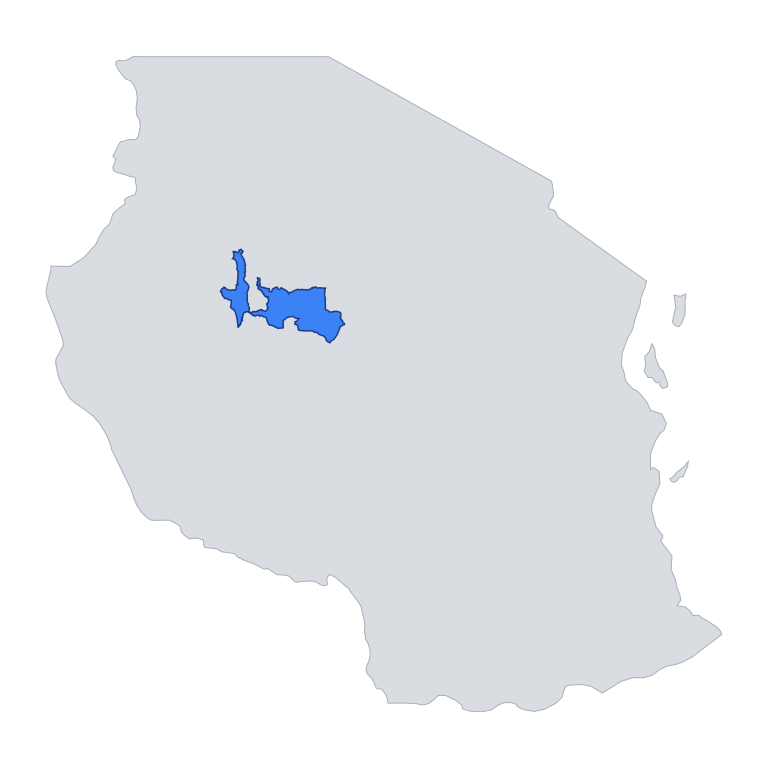 Uyui, Tabora, United Republic of Tanzania (highlighted)
{"feature_id": "72390352B28683809474818", "entity_name": "Uyui", "entity_type": "district", "adm_level": 2, "iso_a3": "TZA", "parent_name": "United Republic of Tanzania", "parent_adm1": "Tabora", "projection": "mercator", "projection_center": [33.083, -4.94], "detail": "fine", "context": "in_parent", "style": "filled", "palette": "blue", "viewbox_px": 768, "rotation_deg": 0, "n_neighbors": 0, "source": "geoboundaries", "source_scale": "gbopen_adm2", "svg_char_len": 9748}
<svg xmlns="http://www.w3.org/2000/svg" viewBox="0 0 768 768"><path d="M264.3,569.2L254.4,564.0L245.4,560.8L238.0,557.3L234.7,553.8L227.8,552.5L221.9,551.9L216.3,548.7L205.0,547.5L203.7,545.4L203.5,540.6L201.6,539.4L197.4,538.2L193.0,538.2L190.3,538.9L188.7,538.6L185.0,535.8L181.5,532.2L180.2,526.6L175.0,522.9L169.1,520.1L152.4,520.4L149.8,519.5L145.9,516.6L141.2,511.9L137.5,506.5L134.2,499.1L130.9,489.2L111.8,449.8L109.8,442.4L106.1,434.1L100.0,424.0L93.6,416.5L84.8,409.6L74.9,402.8L69.5,398.2L59.3,379.7L57.2,371.1L55.6,362.1L56.2,358.5L62.6,346.9L63.3,343.7L62.5,339.3L59.4,330.1L55.4,318.9L47.3,298.6L46.1,293.5L46.2,289.6L51.0,269.0L50.9,266.1L70.0,266.5L83.9,257.5L96.1,244.0L98.5,238.4L103.4,229.7L108.3,225.4L110.1,222.4L112.9,213.8L119.3,207.9L125.5,203.4L124.2,200.3L125.1,199.1L128.5,196.8L135.1,194.7L136.4,190.2L136.3,185.1L135.3,182.2L135.5,178.9L134.5,177.1L130.2,176.6L123.8,174.1L118.4,173.0L114.8,171.5L113.4,170.4L112.8,167.3L115.8,159.4L112.9,156.2L119.5,143.2L120.7,141.6L123.1,141.4L127.0,140.0L130.5,139.3L133.4,139.8L135.5,139.3L137.4,137.8L139.0,133.4L140.3,126.0L139.6,120.0L136.8,115.3L136.1,108.2L137.3,98.7L136.4,90.8L133.4,84.4L130.2,80.7L125.5,78.9L118.0,69.2L115.7,64.5L116.1,61.6L118.7,60.4L123.4,60.8L127.9,59.7L132.1,57.0L136.2,56.3L138.4,56.7L328.5,56.7L550.9,180.8L551.8,182.3L553.5,193.0L553.2,196.6L549.7,202.8L548.7,206.0L548.7,208.2L549.5,209.1L552.4,209.4L554.9,210.9L555.8,212.0L557.7,216.7L560.2,219.0L644.7,280.0L646.6,280.9L645.4,286.0L640.6,298.5L640.3,303.6L638.5,309.7L636.7,313.7L631.8,331.2L627.7,337.8L622.2,353.1L621.3,364.9L624.3,373.1L625.5,380.8L632.0,388.4L637.2,391.1L640.7,394.5L647.0,402.4L650.6,410.3L661.8,414.2L666.3,423.1L664.6,429.2L659.4,434.3L654.6,442.5L650.6,453.3L650.5,469.8L653.2,467.3L659.1,471.4L659.9,483.5L653.8,497.7L651.9,504.4L651.6,510.0L656.0,527.0L662.8,535.7L662.3,538.4L660.5,540.7L672.0,556.0L671.1,569.4L675.4,579.7L677.3,588.8L680.1,595.7L680.7,600.4L677.1,605.7L685.5,607.1L690.5,611.4L692.8,615.5L698.9,615.3L702.2,618.2L706.9,620.5L717.4,627.5L720.2,631.0L721.9,634.3L693.1,656.3L682.7,662.0L675.3,664.6L667.3,666.1L659.8,669.5L652.6,675.0L643.5,677.7L632.4,677.7L620.7,681.6L602.3,693.0L591.6,686.6L583.2,684.6L573.5,684.8L567.6,685.6L565.5,687.0L563.7,690.8L562.1,697.2L555.8,703.3L544.7,709.2L534.4,711.4L525.0,709.9L518.7,707.4L515.4,704.0L510.5,702.5L504.1,702.7L497.9,705.2L492.0,709.7L482.6,711.7L469.7,711.1L462.7,708.9L461.8,705.1L456.1,700.6L445.7,695.5L438.1,695.4L433.2,700.3L428.7,703.4L424.7,704.7L421.1,704.8L415.8,703.5L401.5,703.0L388.0,703.2L386.6,696.1L383.8,691.7L381.4,689.2L376.7,688.5L375.4,686.5L373.9,682.1L371.6,678.4L368.5,675.3L366.7,672.4L366.1,669.7L366.5,666.8L369.4,659.5L370.3,654.6L369.9,649.5L368.4,644.3L365.2,638.1L365.6,636.3L364.5,632.1L364.4,629.1L365.0,625.4L364.4,620.6L361.6,610.2L361.6,607.6L358.7,602.5L349.7,590.7L349.3,589.2L335.2,577.2L329.5,574.6L327.5,576.9L326.7,578.9L327.3,582.8L327.0,584.7L326.4,585.5L323.1,585.4L320.9,584.9L315.6,581.7L311.5,581.0L301.1,581.5L297.5,582.3L294.7,581.6L289.2,576.1L282.8,574.9L277.0,574.7L267.6,568.5L264.3,569.2ZM663.2,371.2L667.9,384.2L667.3,386.7L664.0,388.2L662.3,388.3L660.3,386.2L658.8,381.8L656.3,382.9L652.1,377.6L647.9,377.4L644.2,371.1L645.6,365.7L644.8,356.4L649.3,351.6L651.9,343.6L654.8,349.1L655.5,357.6L659.4,367.6L663.2,371.2ZM685.6,293.9L686.0,297.0L685.0,299.9L685.2,309.1L684.9,315.2L681.4,323.7L678.6,326.7L676.1,325.8L674.0,324.4L672.4,322.1L675.7,306.6L674.0,295.2L680.5,296.3L685.6,293.9ZM676.3,481.5L673.0,482.3L671.7,481.5L669.7,478.9L673.2,476.8L676.6,472.5L684.5,466.3L688.2,461.4L687.6,466.2L683.1,476.8L679.3,477.4L676.3,481.5Z" fill="#d9dde1" stroke="#a8b0b8" stroke-width="1"/><path d="M232.8,258.4L233.1,258.3L233.6,259.0L234.9,259.3L235.2,260.2L236.0,261.1L236.8,262.3L236.6,263.2L236.7,263.9L237.3,265.7L236.9,269.1L237.8,271.0L238.5,271.6L238.1,272.6L237.9,273.9L237.8,280.3L237.2,282.1L238.0,283.1L238.1,284.8L237.2,284.6L236.9,284.7L236.8,284.4L236.5,284.6L236.3,284.9L236.3,288.5L236.1,289.2L235.5,289.9L235.2,290.0L235.1,289.8L234.8,289.7L233.9,290.0L233.0,289.9L231.8,290.0L230.8,290.2L229.2,290.1L227.7,289.7L226.0,288.9L225.4,287.9L225.0,287.6L224.0,287.2L223.4,287.5L223.4,287.9L223.7,288.4L222.2,288.6L221.8,288.9L220.8,290.9L220.4,291.2L220.7,292.0L221.8,292.1L222.0,292.3L222.0,293.4L222.1,293.8L221.9,293.8L222.4,295.3L223.7,296.7L224.4,298.1L224.9,298.4L226.5,298.5L228.2,299.5L229.2,299.9L230.9,300.0L231.3,300.4L231.2,304.8L230.6,306.2L230.6,306.9L230.9,307.4L231.6,308.4L233.9,309.8L235.3,312.1L236.1,314.7L236.3,314.9L236.5,316.5L236.6,316.8L237.1,319.2L238.1,327.1L238.4,327.0L238.4,326.8L238.9,326.5L238.9,325.9L239.1,325.9L239.1,325.4L239.4,325.3L239.3,325.0L239.5,324.9L239.6,324.7L240.3,324.8L240.8,323.6L240.6,323.3L240.7,322.8L240.9,322.7L241.0,322.4L240.9,321.8L241.8,321.0L241.8,320.6L242.3,320.5L242.5,320.3L242.1,319.9L242.3,319.9L242.3,319.4L242.1,318.6L242.3,318.4L242.1,318.1L242.3,317.9L242.0,317.8L242.2,317.6L242.1,317.4L242.3,317.2L242.2,316.5L242.5,316.4L242.4,316.2L242.5,316.0L242.9,315.8L243.2,314.6L243.5,314.4L243.4,313.5L243.7,313.1L243.9,312.5L244.7,312.2L245.6,312.3L246.0,311.7L246.4,311.8L248.0,311.5L248.9,312.4L249.5,312.5L249.8,313.0L251.7,314.3L252.5,315.2L252.8,315.3L253.0,315.1L253.2,315.3L253.6,315.3L254.4,315.9L255.1,316.1L255.8,315.7L256.4,315.6L257.0,315.3L257.4,315.4L258.2,315.4L258.7,315.1L259.5,315.4L259.7,315.9L259.9,315.4L260.0,315.4L260.6,315.6L261.7,315.7L262.2,315.9L262.5,316.3L263.3,316.7L265.3,317.2L266.6,318.0L266.8,319.9L267.6,321.9L268.1,323.5L268.4,323.9L269.0,324.1L269.3,325.0L271.3,325.1L278.1,328.3L283.0,327.9L283.3,327.7L283.1,320.8L283.4,320.0L284.3,319.9L286.6,317.9L287.8,317.2L293.1,316.4L294.0,317.2L295.3,318.0L297.1,318.5L298.1,318.4L299.0,318.6L298.6,318.9L298.1,319.7L297.7,320.0L297.4,320.7L296.6,321.3L296.3,321.4L296.3,321.5L295.6,321.5L295.2,321.6L295.0,321.9L295.2,322.3L294.8,324.2L297.3,325.1L297.9,326.2L297.8,326.7L298.0,327.1L298.3,329.5L298.6,330.1L300.2,330.5L304.5,330.8L312.5,330.9L314.0,332.0L314.7,332.3L316.1,332.3L316.9,332.7L317.4,332.7L317.9,333.0L318.2,333.6L319.3,334.5L322.8,335.7L323.3,336.0L324.3,336.3L324.7,336.7L324.8,337.1L325.3,337.4L325.3,337.9L325.8,338.7L326.1,339.7L326.5,340.1L326.5,340.6L326.9,341.2L329.3,342.5L330.1,342.7L330.9,341.1L334.1,339.1L337.1,334.8L337.8,332.9L339.2,329.9L339.5,328.3L339.9,327.9L340.2,327.0L341.5,325.7L342.2,325.6L342.7,325.2L343.0,324.9L344.2,324.6L344.5,324.2L344.5,323.7L344.3,323.4L343.2,322.4L342.5,321.6L342.4,320.5L341.7,320.2L341.4,319.8L341.1,319.6L340.9,318.3L340.2,317.8L340.2,317.6L340.6,317.1L340.8,316.5L340.7,315.8L341.0,313.9L340.8,313.2L340.0,312.3L336.7,311.3L334.4,311.5L333.6,311.4L333.2,311.7L332.5,311.8L332.1,312.1L331.5,312.2L330.6,312.0L330.0,312.0L329.2,311.7L328.1,310.7L327.0,310.1L326.1,310.2L325.9,310.0L325.2,308.4L325.4,307.7L325.3,306.6L325.4,304.9L325.2,302.9L325.3,300.8L325.2,300.0L325.4,298.4L324.7,296.0L324.5,294.6L324.9,292.2L324.7,290.2L324.8,289.7L325.2,289.1L325.5,288.1L321.1,288.0L320.6,287.8L317.9,288.0L317.0,287.9L315.4,286.9L314.8,287.0L314.1,287.7L313.6,287.7L313.1,287.5L312.7,287.8L312.5,287.5L311.6,288.0L311.6,288.4L311.1,288.6L310.8,288.9L309.8,289.2L309.5,289.7L308.9,289.5L307.5,290.0L307.1,290.0L306.2,289.6L305.5,289.6L304.5,289.9L302.1,289.4L300.3,289.5L299.4,289.9L298.4,289.8L298.2,289.5L297.7,289.3L294.1,290.7L292.7,291.5L292.2,292.2L288.9,292.5L288.8,293.6L286.7,290.8L285.2,290.1L284.7,289.5L283.5,289.2L281.4,287.8L280.9,288.4L280.6,288.3L279.7,289.5L277.9,289.1L277.6,288.6L277.5,287.3L277.4,287.2L275.8,287.4L274.7,287.8L274.2,287.9L273.7,288.8L272.7,288.9L272.0,289.9L272.1,290.4L272.0,291.3L271.6,291.8L271.2,291.9L269.2,291.1L269.2,288.7L268.9,288.6L267.6,288.6L266.0,288.2L265.7,288.3L265.1,287.9L264.4,288.0L264.2,287.9L264.3,287.8L264.2,287.6L263.7,287.4L263.1,287.4L262.4,287.5L261.8,287.3L261.4,286.9L260.9,286.9L260.1,286.7L259.9,285.0L260.3,284.4L260.1,283.5L259.6,282.9L259.5,282.0L259.5,281.6L259.9,281.0L260.0,279.3L259.5,278.3L258.3,277.9L257.4,277.9L258.0,280.5L258.0,281.3L257.8,281.7L257.1,282.1L257.1,282.5L257.4,282.9L256.8,285.0L257.1,285.3L257.4,285.3L257.5,285.5L257.7,285.4L258.3,285.5L258.0,287.9L258.1,288.5L258.3,288.7L258.4,289.1L258.6,289.3L260.4,289.6L260.9,291.0L261.1,291.1L261.6,291.1L262.1,291.5L262.9,293.3L263.6,293.9L263.9,294.8L265.1,296.0L265.3,296.6L266.3,296.8L266.8,296.7L267.0,296.8L267.0,297.2L268.1,296.9L268.0,299.0L268.7,300.4L268.8,300.9L268.5,301.6L267.8,302.7L267.0,303.5L266.6,304.1L266.9,304.5L267.3,305.3L267.2,306.1L268.2,308.1L267.5,308.4L267.2,308.8L267.2,309.3L266.7,310.5L266.0,310.9L265.3,311.2L264.1,311.2L263.9,310.8L263.1,310.6L262.1,309.8L260.7,309.6L260.6,310.2L258.2,310.5L257.7,310.7L257.4,311.2L256.7,311.4L256.6,311.6L255.3,311.7L254.3,311.6L254.1,311.5L254.0,311.8L253.7,311.9L252.6,311.8L252.4,312.1L251.6,312.5L250.4,312.5L249.4,311.7L248.9,310.8L249.5,308.0L248.4,306.3L248.3,305.5L248.5,304.4L248.3,303.7L247.7,302.8L247.3,301.7L247.2,296.5L247.3,294.8L246.8,293.2L247.8,290.7L249.0,287.0L248.9,286.7L247.7,284.3L247.3,284.0L246.7,283.1L244.4,280.5L243.7,279.0L243.7,278.5L244.7,277.0L245.1,275.7L245.1,274.6L244.8,273.1L244.9,272.9L244.4,272.5L245.0,272.2L245.4,271.8L245.3,268.5L244.6,266.7L244.8,266.3L245.5,265.8L245.6,265.6L245.0,264.0L244.9,262.8L244.4,261.5L244.2,260.1L243.1,257.7L242.1,256.8L241.7,255.4L240.9,253.9L241.1,253.5L241.8,253.1L242.4,253.0L242.5,252.8L242.5,251.9L242.3,251.6L242.3,251.1L243.7,251.0L242.7,251.0L241.7,250.5L241.1,249.7L241.0,249.3L239.2,250.1L238.9,250.5L238.9,251.9L238.6,252.3L238.0,252.6L236.6,252.2L235.5,251.6L235.1,251.8L234.6,251.6L234.5,251.8L234.1,251.6L233.2,251.6L233.4,252.6L233.9,254.1L233.9,255.4L233.7,256.8L232.8,258.4Z" fill="#3b82f6" stroke="#1e3a8a" stroke-width="1.5"/></svg>